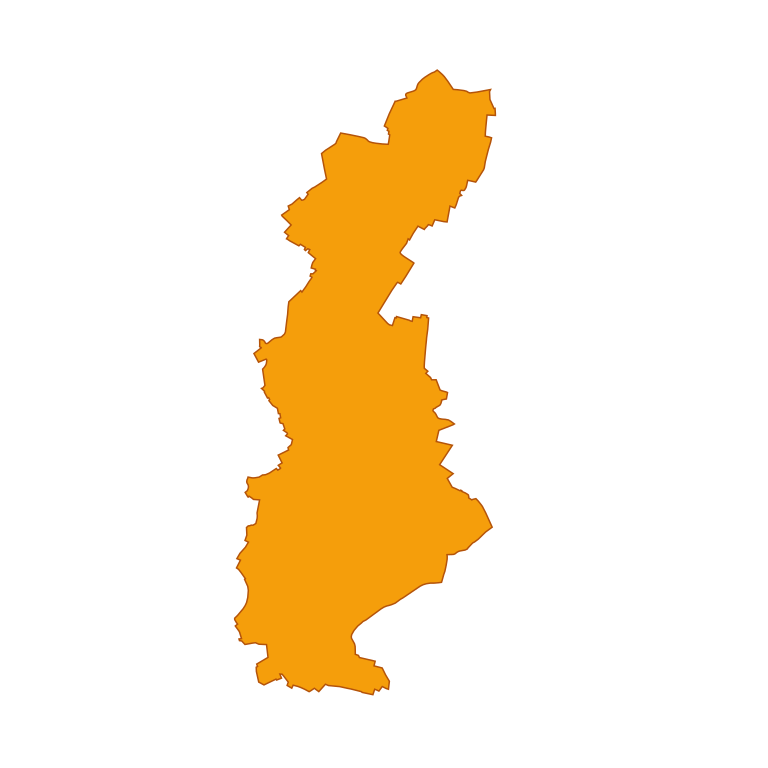 Van Lam, Hưng Yên, Vietnam (Albers equal-area conic projection), rotated 281°
{"feature_id": "81297802B83094530275497", "entity_name": "Van Lam", "entity_type": "district", "adm_level": 2, "iso_a3": "VNM", "parent_name": "Vietnam", "parent_adm1": "Hưng Yên", "projection": "albers", "projection_center": [106.05, 20.973], "detail": "fine", "context": "isolated", "style": "filled", "palette": "amber", "viewbox_px": 768, "rotation_deg": 281, "n_neighbors": 0, "source": "geoboundaries", "source_scale": "gbopen_adm2", "svg_char_len": 6118}
<svg xmlns="http://www.w3.org/2000/svg" viewBox="0 0 768 768"><g transform="rotate(281 384 384)"><path d="M663.7,341.0L650.2,337.6L637.3,335.1L636.5,337.2L635.6,339.1L633.6,338.8L633.0,340.6L630.2,340.7L629.7,342.1L623.0,342.4L620.1,342.4L619.3,336.6L618.8,330.2L618.7,326.7L618.9,324.1L619.3,322.5L620.5,320.8L621.5,319.0L621.9,317.3L622.1,311.8L622.2,302.8L622.1,293.6L612.9,291.1L611.2,290.9L609.9,289.9L602.4,282.1L598.3,278.7L583.0,284.8L574.2,288.5L570.3,284.8L564.2,278.5L562.4,276.1L557.2,271.7L555.8,273.3L550.1,270.7L549.0,269.1L548.7,268.1L550.8,265.5L547.8,263.0L543.1,259.4L540.4,256.0L537.1,257.8L530.3,251.3L529.3,252.1L525.7,257.7L522.4,262.5L514.0,257.4L511.4,262.1L509.3,261.1L507.9,260.6L507.7,261.5L506.5,264.3L503.4,274.1L505.2,275.3L503.1,280.8L500.8,280.2L500.0,281.5L502.2,283.4L501.8,285.5L498.5,284.6L494.0,292.9L489.7,290.9L487.0,290.5L484.0,290.4L483.6,294.8L482.8,294.7L482.3,295.9L478.6,293.2L478.2,291.1L475.8,290.9L475.1,292.9L474.2,292.7L470.3,290.9L464.6,288.7L458.6,285.9L459.8,284.4L446.6,274.9L441.5,275.2L433.9,276.1L427.1,276.5L416.1,277.3L413.9,276.7L410.8,274.4L410.2,273.5L408.9,269.7L408.1,267.8L406.1,265.6L402.4,262.6L401.6,261.8L401.3,261.1L401.3,260.2L401.4,259.9L403.0,258.6L403.9,257.3L404.2,256.1L404.0,253.4L398.5,254.6L397.2,254.7L396.7,255.1L396.4,256.4L396.1,256.6L389.1,250.5L381.5,256.7L385.8,263.3L385.9,263.7L385.3,264.3L383.8,264.5L381.5,264.6L379.8,264.3L377.5,263.3L375.4,262.0L359.9,267.4L357.1,265.9L356.3,264.6L354.1,268.1L353.2,268.1L348.0,272.3L348.5,273.4L347.0,274.7L345.7,274.2L341.7,278.9L340.3,282.7L339.8,284.0L334.8,286.0L335.0,287.5L331.1,289.0L330.2,287.5L326.6,289.1L326.5,289.3L325.9,289.6L325.8,292.4L320.9,295.2L319.3,294.1L317.6,298.1L316.6,298.8L314.4,297.4L312.0,304.8L307.4,304.6L306.7,304.5L303.3,301.9L301.0,302.9L294.0,293.7L287.1,299.0L284.0,295.7L281.7,298.5L281.0,298.1L279.2,296.2L280.5,294.4L274.8,288.6L273.4,286.6L272.4,285.1L271.9,283.6L271.5,282.1L268.8,279.2L267.4,275.5L266.9,273.8L266.7,272.4L266.7,268.3L265.3,268.2L263.6,267.8L261.8,267.9L260.7,268.4L259.0,269.9L257.2,270.6L255.2,270.6L253.1,270.1L251.1,268.4L247.2,271.9L247.1,272.3L248.1,272.9L247.0,275.7L245.8,277.9L246.5,284.0L233.2,284.0L230.4,284.8L228.0,285.1L222.6,284.8L220.4,282.4L220.1,280.5L219.3,279.4L218.8,277.8L216.9,276.4L209.5,278.2L203.9,277.4L202.9,281.1L197.3,279.1L190.3,274.9L184.5,272.9L183.7,276.7L175.3,274.3L174.3,276.6L171.6,279.7L166.4,285.1L165.7,284.4L159.3,288.9L155.5,290.2L148.5,291.0L143.3,290.8L140.0,290.0L136.5,288.6L128.9,284.4L125.6,282.1L124.2,282.4L121.5,284.8L120.4,286.1L118.1,284.2L113.8,288.8L112.8,289.6L106.9,292.7L106.0,290.3L104.5,291.1L104.6,293.4L101.8,297.2L103.5,301.7L104.4,303.9L105.5,307.2L104.7,310.8L105.8,318.4L93.5,322.3L84.8,312.5L84.1,312.9L82.6,313.8L81.6,312.6L77.4,313.6L67.5,317.9L65.7,323.6L73.7,334.3L72.9,335.1L75.7,339.5L79.4,337.1L79.7,339.3L78.3,341.1L73.1,346.9L69.6,346.4L67.8,351.5L71.0,352.3L70.7,357.2L70.2,360.2L69.2,364.4L67.7,369.2L68.7,370.4L72.0,373.7L69.6,378.7L78.1,383.8L77.4,387.0L78.5,398.3L78.3,406.4L78.3,409.7L77.7,420.4L77.1,421.4L76.9,432.4L82.6,433.1L82.2,435.3L81.6,437.6L86.7,440.0L85.5,444.2L85.2,446.6L93.2,446.0L98.7,441.1L104.9,436.4L105.4,428.0L110.2,428.2L110.8,412.1L112.7,410.7L113.2,407.4L117.1,406.6L121.0,405.7L123.4,404.6L128.2,400.6L129.7,400.1L131.9,400.1L136.4,401.6L141.4,404.4L144.9,407.3L146.9,408.7L148.9,411.3L162.4,423.7L164.9,426.4L166.6,429.0L167.7,431.4L168.9,433.6L171.1,436.9L175.7,441.1L177.6,443.3L192.4,458.0L194.4,460.6L196.0,463.6L197.4,467.5L198.2,471.5L199.4,475.7L200.3,478.3L202.1,478.5L208.5,479.0L211.8,479.5L218.2,479.6L221.4,479.5L224.2,479.4L226.5,479.0L228.5,478.4L229.7,483.6L230.1,485.0L231.0,486.3L232.6,487.6L233.8,489.0L234.5,490.2L236.5,495.3L238.0,497.3L239.1,497.7L244.5,501.1L245.2,501.7L246.2,503.0L249.6,506.1L258.0,511.9L264.1,517.5L276.8,508.5L282.5,504.0L283.5,503.0L287.1,498.8L289.0,496.1L287.7,493.2L287.0,492.3L288.2,489.2L288.5,488.8L289.3,488.8L291.2,488.0L291.7,487.0L292.6,484.5L293.4,480.9L294.1,480.8L294.4,479.5L293.7,479.1L295.1,473.7L295.7,470.6L303.4,464.1L309.2,469.0L315.4,454.0L336.9,462.8L337.5,446.3L349.0,446.7L357.2,459.6L358.2,460.7L360.1,456.7L361.0,454.1L361.0,451.0L360.6,447.6L360.6,445.3L360.7,444.3L361.1,443.3L361.9,442.5L363.9,441.0L365.2,439.8L366.8,437.4L367.3,437.1L368.7,437.2L369.1,437.4L369.5,438.2L370.1,439.0L371.0,439.6L373.3,442.3L374.2,443.1L376.0,443.6L377.3,443.7L378.2,443.8L379.2,443.6L380.1,445.3L381.2,448.1L387.7,448.0L388.0,447.0L388.4,442.1L388.8,440.2L398.1,434.4L397.2,429.9L399.2,428.5L402.4,423.0L404.9,424.6L407.1,420.6L409.1,420.1L413.4,419.5L428.2,417.9L434.9,417.3L437.5,417.0L445.8,416.5L457.3,415.2L457.4,413.3L459.3,413.2L459.2,407.4L456.0,407.3L455.6,399.7L450.9,399.7L451.0,397.7L451.4,396.8L452.6,383.4L451.2,383.4L451.2,382.1L443.0,381.1L443.1,378.1L444.1,376.0L452.5,364.5L477.4,373.8L485.2,377.2L486.4,377.9L486.3,378.6L485.4,381.4L494.2,385.0L508.4,390.3L508.8,389.6L512.4,380.7L513.2,378.8L514.5,376.3L515.5,375.1L516.2,374.7L517.1,374.9L520.0,376.1L526.4,379.3L531.1,380.0L530.3,381.6L537.4,383.9L545.4,387.2L543.4,394.1L544.4,394.5L548.0,396.8L548.9,397.1L548.9,398.0L548.3,401.1L554.9,402.5L554.8,411.8L555.1,415.0L566.9,414.9L571.2,414.8L570.3,419.9L573.8,420.7L581.0,421.5L582.4,422.0L583.2,422.9L583.9,424.2L584.7,423.2L585.5,422.0L588.1,422.2L589.0,422.8L589.0,424.6L589.3,425.6L589.9,426.1L592.4,427.0L594.2,427.2L599.9,427.3L599.9,429.5L599.7,435.5L601.5,436.3L613.4,440.9L615.3,441.2L621.7,441.0L627.5,441.3L634.2,441.7L641.7,442.5L646.2,442.6L646.5,440.0L646.6,436.1L650.5,435.5L655.1,435.0L667.7,433.8L668.9,442.1L670.8,441.7L675.8,440.4L675.4,439.4L683.5,433.7L691.2,431.8L693.4,432.4L688.3,419.5L686.1,412.8L686.4,411.0L687.1,409.3L687.3,406.5L686.9,400.0L686.4,395.8L693.2,389.0L697.2,384.6L698.8,382.4L701.1,378.6L702.3,376.3L699.7,373.8L699.4,373.1L698.2,371.3L696.2,369.0L692.8,365.5L690.4,363.4L686.5,360.8L685.0,360.1L683.6,359.8L680.6,359.5L679.0,359.1L678.3,358.5L677.2,357.1L674.3,351.7L673.5,350.6L672.6,350.1L671.6,350.2L669.1,351.9L663.6,341.4L663.7,341.0Z" fill="#f59e0b" stroke="#b45309" stroke-width="1.5"/></g></svg>